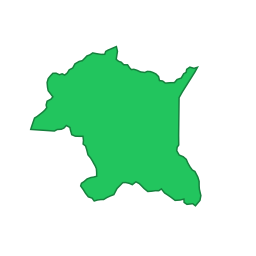 Buerarema, Bahia, Brazil, rotated 19°
{"feature_id": "56859067B44754949051555", "entity_name": "Buerarema", "entity_type": "district", "adm_level": 2, "iso_a3": "BRA", "parent_name": "Brazil", "parent_adm1": "Bahia", "projection": "mercator", "projection_center": [-39.271, -14.997], "detail": "fine", "context": "isolated", "style": "filled", "palette": "green", "viewbox_px": 256, "rotation_deg": 19, "n_neighbors": 0, "source": "geoboundaries", "source_scale": "gbopen_adm2", "svg_char_len": 1966}
<svg xmlns="http://www.w3.org/2000/svg" viewBox="0 0 256 256"><g transform="rotate(19 128 128)"><path d="M217.1,179.6L219.6,173.0L218.9,168.2L217.0,165.2L215.4,162.6L214.1,159.6L212.6,155.3L210.0,151.7L207.5,149.3L205.4,147.3L202.5,146.8L199.4,144.7L195.9,141.6L193.3,138.7L189.6,137.2L185.2,136.9L181.5,133.7L180.7,130.2L181.5,127.6L179.4,121.7L178.3,118.6L166.4,82.7L167.6,76.2L173.0,53.3L173.9,48.0L171.0,50.1L166.7,50.3L164.4,53.4L164.8,56.5L163.0,58.6L162.1,63.4L158.6,66.2L157.1,70.0L153.5,71.3L148.7,73.4L145.5,72.3L142.3,72.9L140.1,69.4L136.8,67.8L133.5,67.4L130.7,67.4L127.8,68.2L125.9,70.0L121.6,70.9L117.5,70.5L114.4,70.6L112.1,71.7L109.8,70.5L107.0,68.4L103.4,69.6L100.2,68.0L97.4,68.0L94.5,66.9L93.7,62.6L93.1,59.0L90.5,54.8L83.7,60.9L82.0,62.9L82.0,65.9L78.5,67.2L73.8,68.0L70.2,68.5L68.1,71.3L65.7,73.2L64.5,75.9L62.9,79.2L60.1,81.0L57.0,84.6L56.2,89.3L53.5,92.1L52.7,95.7L50.9,98.6L48.1,98.2L45.8,100.0L42.2,99.6L39.2,100.7L37.8,103.7L36.5,107.2L36.7,111.3L38.6,115.6L40.4,118.7L43.0,120.4L46.8,123.0L45.8,125.8L42.8,129.0L43.1,132.9L44.6,135.3L43.5,138.3L42.1,140.9L40.3,143.7L38.2,146.9L36.4,149.0L36.4,158.0L36.5,161.0L59.4,154.8L61.5,152.5L65.3,150.9L67.4,149.0L68.9,145.7L72.9,146.4L74.4,148.9L77.0,152.6L80.8,152.9L84.4,151.8L88.1,150.5L89.9,154.1L90.8,157.8L93.7,158.8L96.0,161.9L98.9,166.4L102.4,168.5L105.3,170.9L107.1,172.6L109.3,174.5L111.3,176.7L112.7,179.9L114.1,183.8L111.5,185.6L109.0,186.9L105.9,189.5L103.8,193.1L102.0,195.4L102.1,198.2L105.9,200.9L109.2,203.6L112.9,206.0L116.9,206.0L119.8,208.0L122.6,206.0L125.6,204.5L128.2,203.6L130.7,200.6L133.4,198.0L136.3,195.6L137.3,188.8L139.1,185.0L140.8,181.4L143.6,180.3L147.2,179.9L150.5,180.2L153.0,176.3L156.8,176.9L159.3,178.1L163.0,180.0L167.4,181.6L170.8,180.1L174.4,178.3L177.5,177.3L179.4,174.7L183.7,177.5L187.0,178.3L191.0,179.4L196.1,181.1L200.8,179.1L204.0,177.0L205.3,180.1L208.6,181.0L213.8,178.5L217.1,179.6Z" fill="#22c55e" stroke="#15803d" stroke-width="1.5"/></g></svg>